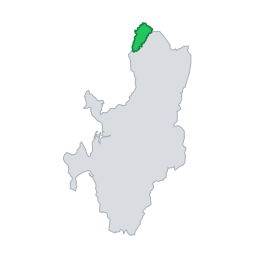 where Transcarpathia sits in Ukraine, rotated 97°
{"feature_id": "UKR-293", "entity_name": "Transcarpathia", "entity_type": "Region", "adm_level": 1, "iso_a3": "UKR", "parent_name": "Ukraine", "parent_adm1": "", "projection": "equal_earth", "projection_center": [23.378, 48.491], "detail": "fine", "context": "in_parent", "style": "filled", "palette": "green", "viewbox_px": 256, "rotation_deg": 97, "n_neighbors": 0, "source": "natural_earth", "source_scale": "10m", "svg_char_len": 6450}
<svg xmlns="http://www.w3.org/2000/svg" viewBox="0 0 256 256"><g transform="rotate(97 128 128)"><path d="M177.8,167.8L181.0,171.7L183.5,173.8L184.7,173.9L188.0,172.5L190.2,172.9L192.0,171.7L197.0,172.6L195.7,175.1L195.2,177.8L188.9,178.7L186.4,177.2L183.9,177.2L182.7,179.1L180.3,180.4L179.6,181.9L175.0,181.8L172.1,183.2L170.0,186.1L167.5,187.9L165.6,188.5L162.4,187.8L159.8,185.9L161.5,180.2L160.6,177.3L158.5,175.8L156.0,175.7L152.6,173.3L148.9,173.6L147.6,172.4L155.0,167.0L156.7,166.8L161.2,163.9L160.2,161.6L158.2,162.2L155.4,160.3L146.7,161.8L141.2,159.0L138.7,158.7L138.1,158.0L140.6,157.4L140.8,156.4L137.2,155.7L135.2,154.4L145.0,155.7L147.5,153.5L144.8,154.3L142.1,153.8L141.0,153.1L139.7,150.9L139.5,147.8L138.1,145.1L137.2,144.2L139.2,148.7L139.0,153.0L134.8,152.7L135.1,151.0L133.3,153.3L130.1,153.4L126.1,154.5L124.6,158.9L119.5,165.2L114.8,167.3L113.1,166.9L112.5,167.4L112.2,169.3L113.1,170.3L113.9,173.4L113.7,174.7L111.9,172.9L109.9,172.2L107.7,172.4L103.8,174.2L102.4,173.9L102.5,174.8L102.2,175.1L98.4,174.2L96.7,173.3L95.4,171.7L96.6,170.9L98.9,170.6L98.7,168.3L101.5,165.4L101.6,164.1L104.1,162.3L104.7,160.3L103.7,157.4L104.0,155.9L106.7,154.9L107.0,157.2L107.6,157.0L108.1,155.8L111.9,156.9L113.0,156.1L114.6,157.6L117.5,157.2L118.1,156.5L115.6,154.7L115.7,151.8L114.8,150.2L111.1,148.1L110.3,145.6L110.5,143.4L108.6,142.5L105.6,140.0L106.3,135.6L106.1,134.0L105.2,132.7L102.8,132.9L100.9,130.3L98.0,129.9L97.3,130.8L96.8,129.9L95.8,130.0L95.8,128.9L95.1,128.5L92.7,128.2L92.1,127.3L89.5,125.8L86.2,124.9L84.5,125.8L83.7,125.6L82.5,126.5L77.9,126.3L75.3,128.2L71.5,129.0L71.2,130.4L69.9,132.3L61.6,133.5L58.1,134.9L57.0,136.1L54.8,136.5L51.0,133.2L49.9,133.0L46.3,133.6L40.2,132.3L37.1,132.3L33.9,130.8L32.9,132.1L30.8,133.0L30.5,131.7L29.5,130.5L27.3,130.1L26.5,129.0L24.5,128.3L23.4,125.9L21.9,126.0L22.1,123.5L23.9,121.7L26.8,115.9L30.4,116.4L30.5,115.7L28.8,114.4L29.1,112.5L28.2,108.8L28.8,107.8L32.7,103.5L40.6,96.3L43.7,95.9L45.0,94.1L45.1,92.8L43.7,90.3L45.2,89.4L45.1,89.0L43.8,88.0L42.4,85.3L40.1,82.6L40.2,81.3L39.4,79.5L39.4,78.2L41.5,77.8L43.4,78.5L45.4,77.4L48.1,74.4L56.2,73.5L66.1,73.8L76.0,75.8L80.2,76.1L82.1,78.4L85.6,78.3L86.6,78.7L86.8,80.1L88.6,78.4L90.3,78.9L92.3,78.2L97.2,79.2L97.8,80.4L98.7,80.8L100.1,79.2L102.9,77.9L105.9,81.5L108.3,80.7L115.3,80.1L117.0,81.3L117.4,82.3L119.9,83.2L120.8,81.9L119.5,78.4L120.0,77.0L121.9,74.0L124.3,71.8L131.1,70.9L137.5,71.8L139.3,70.8L140.1,68.6L140.9,68.0L145.2,68.8L149.0,67.6L155.8,67.5L158.0,68.9L160.5,72.8L164.0,75.7L163.9,76.6L160.9,77.2L160.9,77.7L162.0,79.0L162.5,81.8L163.1,82.1L162.4,83.4L165.7,83.6L168.3,84.6L172.4,84.1L173.6,86.2L175.4,86.5L175.6,87.9L177.3,91.1L176.9,92.9L177.2,93.9L179.5,96.5L180.5,96.8L182.9,95.4L185.6,95.9L187.9,97.8L190.2,97.8L191.7,98.8L193.2,97.6L200.8,95.8L202.8,97.6L203.2,98.8L204.5,100.3L208.8,103.1L209.9,102.9L210.2,101.6L211.1,101.2L213.5,102.5L215.8,102.7L219.2,104.6L222.1,104.1L223.8,105.8L225.7,106.0L229.7,108.4L233.2,108.3L233.2,110.5L234.1,111.4L234.0,113.2L231.7,116.0L229.4,116.8L230.4,118.3L233.3,119.2L233.5,119.7L231.0,119.9L230.1,120.9L229.6,123.2L231.9,123.9L232.8,126.7L232.4,127.5L233.8,128.1L231.8,134.5L220.9,134.7L219.0,137.3L215.8,138.1L214.9,138.9L214.2,142.6L215.2,143.3L214.4,144.8L214.7,146.1L206.6,146.4L204.4,148.8L200.9,149.4L198.1,152.0L196.8,151.2L195.2,151.2L192.0,152.8L188.9,152.7L186.6,153.4L181.7,157.1L179.5,160.4L177.3,161.4L180.3,158.7L180.4,157.3L179.6,156.2L177.8,158.9L175.2,160.1L175.5,163.3L177.8,167.8ZM142.7,160.7L135.5,159.1L134.8,157.3L136.4,158.8L142.7,160.7Z" fill="#d9dde1" stroke="#a8b0b8" stroke-width="1"/><path d="M22.0,126.0L22.0,124.9L22.1,124.6L22.1,124.4L22.0,123.8L22.0,123.5L22.2,123.2L23.0,122.7L23.2,122.4L23.3,122.2L23.8,122.1L24.1,121.8L24.2,121.5L24.3,121.2L24.3,120.9L24.3,120.6L24.5,120.5L24.6,120.4L24.7,120.2L24.8,120.1L24.7,119.6L24.7,119.4L24.8,119.1L25.2,118.8L25.3,118.7L25.3,118.4L25.5,118.0L25.8,117.4L26.0,117.3L26.4,117.2L26.6,117.1L26.6,116.8L26.7,116.5L26.7,116.1L26.8,115.9L27.1,115.7L27.3,115.7L27.8,116.1L28.1,116.3L28.3,116.3L28.6,116.3L29.0,116.3L29.3,116.3L29.5,116.4L29.7,116.6L29.8,116.7L30.1,116.8L30.3,117.0L30.6,117.1L30.7,116.8L30.9,116.9L31.1,117.1L31.0,117.4L31.0,117.5L31.0,117.8L31.0,118.0L31.4,118.4L31.8,118.7L31.9,118.8L32.0,119.0L32.4,119.2L32.5,119.2L33.2,119.0L33.5,118.9L33.7,119.0L33.8,119.1L34.2,119.8L34.4,120.1L34.5,120.2L34.6,120.3L34.8,120.4L35.3,120.4L35.5,120.4L35.8,120.3L35.8,120.6L36.0,120.7L36.3,120.5L36.4,120.4L36.5,120.4L36.6,120.5L36.6,120.8L36.8,121.0L37.0,121.0L37.3,121.1L37.5,121.1L38.2,121.0L38.3,121.0L38.6,121.1L39.1,121.3L39.5,121.4L40.2,122.2L40.5,122.3L40.8,122.3L41.0,122.3L41.3,122.3L41.5,122.4L41.5,122.6L41.5,122.8L41.5,123.0L42.3,123.6L42.5,123.7L42.8,123.7L42.9,123.8L43.0,123.9L43.0,124.0L43.1,124.3L43.1,124.5L43.0,124.8L43.3,125.0L43.6,125.0L43.6,124.9L43.9,124.7L44.1,124.5L44.7,124.5L44.9,124.4L45.5,124.1L45.7,124.3L45.7,124.5L45.8,124.8L45.8,125.0L45.7,125.2L45.7,125.5L45.7,125.8L45.8,126.3L45.9,126.5L46.1,126.7L46.2,126.8L46.6,126.8L46.9,126.8L47.2,126.8L47.3,126.7L47.5,126.6L47.6,126.4L47.7,126.2L47.8,126.3L48.1,126.4L48.1,126.5L48.2,126.8L48.2,127.0L48.3,127.0L48.6,127.0L48.8,127.1L49.0,127.3L49.2,127.5L50.0,128.1L50.3,128.6L50.6,128.9L50.6,129.0L50.5,129.3L50.4,129.3L50.4,129.5L50.4,129.8L50.5,130.0L51.4,130.8L51.8,131.3L51.1,132.2L51.1,132.4L51.0,132.9L50.9,133.1L50.6,133.0L49.9,133.0L49.3,132.9L49.0,132.9L48.7,133.0L48.3,133.4L47.7,133.4L46.9,133.7L46.6,133.7L45.9,133.5L45.7,133.5L45.3,133.1L45.0,133.0L44.4,132.9L43.9,132.7L42.7,133.2L42.4,133.2L42.3,132.9L41.7,132.4L40.7,132.4L40.4,132.4L39.9,132.2L39.2,132.1L38.9,132.1L38.5,132.1L38.4,132.2L38.2,132.3L38.1,132.5L37.7,132.6L37.0,132.3L36.9,132.3L36.7,132.3L36.3,132.0L35.7,131.6L35.2,131.1L35.0,130.9L34.2,130.7L33.9,130.7L33.6,130.8L33.4,131.1L33.1,131.8L33.0,132.0L32.5,132.4L32.3,132.4L32.1,132.4L31.9,132.3L31.7,132.2L31.3,132.1L31.2,132.3L31.3,132.6L31.2,132.8L30.8,133.0L30.3,132.7L30.2,132.5L30.4,132.3L30.5,132.0L30.5,131.9L30.6,131.7L30.5,131.4L30.4,131.2L30.2,131.1L29.9,130.8L29.4,130.6L29.2,130.4L28.8,130.5L28.6,130.6L27.7,130.6L27.3,130.3L27.1,129.8L27.0,129.5L26.1,128.5L26.0,128.4L25.9,128.4L25.7,128.5L25.3,128.5L25.1,128.4L25.0,128.5L24.9,128.5L24.7,128.5L24.6,128.4L24.0,127.7L23.9,127.4L23.9,127.2L23.9,126.8L23.8,126.7L23.7,126.7L23.4,126.7L23.6,126.0L23.2,125.8L22.8,125.8L22.4,125.9L22.3,126.0L22.2,126.0L22.0,126.0Z" fill="#22c55e" stroke="#15803d" stroke-width="1.5"/></g></svg>